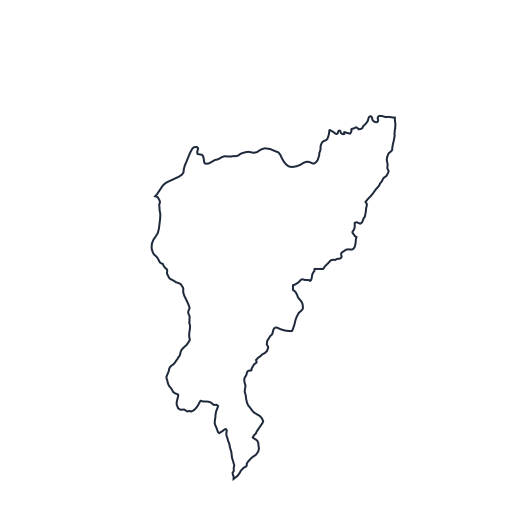 Aguada, Santander, Colombia (Robinson projection), rotated 216°
{"feature_id": "7082276B46903478883308", "entity_name": "Aguada", "entity_type": "district", "adm_level": 2, "iso_a3": "COL", "parent_name": "Colombia", "parent_adm1": "Santander", "projection": "robinson", "projection_center": [-73.538, 6.182], "detail": "fine", "context": "isolated", "style": "outline", "palette": "slate", "viewbox_px": 512, "rotation_deg": 216, "n_neighbors": 0, "source": "geoboundaries", "source_scale": "gbopen_adm2", "svg_char_len": 6105}
<svg xmlns="http://www.w3.org/2000/svg" viewBox="0 0 512 512"><g transform="rotate(216 256 256)"><path d="M372.7,245.0L371.3,245.5L369.8,245.7L366.6,244.2L365.2,243.0L364.7,241.0L360.9,236.4L357.9,233.5L355.3,229.5L350.8,221.4L349.0,217.1L348.7,213.6L348.5,208.8L347.5,204.8L345.1,201.0L342.3,198.7L339.6,197.3L337.0,197.1L334.7,196.6L329.9,194.3L328.3,194.4L326.6,194.8L324.8,193.7L323.0,193.1L321.6,192.9L320.4,192.9L319.3,192.1L318.4,190.5L317.4,189.2L315.9,188.6L314.1,187.5L312.4,187.0L307.4,187.7L305.2,187.7L303.8,188.3L302.4,188.6L301.3,188.9L299.9,188.9L298.6,188.3L297.1,187.8L295.6,186.8L293.7,184.0L291.0,181.9L282.5,177.3L279.8,175.4L278.9,174.5L278.6,172.4L277.8,170.6L276.8,169.7L274.4,168.2L273.3,167.0L272.5,165.4L271.4,164.2L271.1,163.0L269.7,162.0L268.2,160.6L266.3,157.6L264.8,154.6L263.1,152.0L260.2,149.2L259.9,146.4L259.9,143.1L260.6,140.1L261.1,136.5L260.5,133.8L259.6,131.9L259.1,129.9L259.3,127.7L258.9,126.2L259.1,124.4L258.9,122.5L259.1,120.0L259.8,118.0L260.3,115.6L259.9,113.6L258.9,111.6L257.5,105.7L256.1,104.1L255.0,103.5L253.5,102.1L251.6,100.7L250.0,99.8L247.5,99.2L245.5,98.5L243.0,97.3L241.1,97.3L237.5,98.1L236.7,97.1L234.5,91.6L233.0,89.3L229.6,87.1L228.1,87.0L226.3,87.5L224.0,89.5L220.1,89.9L218.7,91.6L217.2,91.9L215.9,94.1L215.3,96.2L215.1,99.1L215.2,101.6L215.7,104.9L215.7,106.3L213.3,107.2L210.2,109.4L208.5,110.3L206.5,110.9L202.7,110.7L200.2,112.5L198.4,112.3L196.8,106.5L195.0,103.0L193.9,101.4L192.9,99.3L191.2,96.5L189.7,95.3L186.9,93.7L183.4,91.3L181.8,91.0L181.3,91.9L180.2,94.7L179.5,97.2L178.6,98.3L177.2,97.8L175.5,94.6L173.9,93.0L171.9,91.7L170.1,90.2L167.0,88.2L164.8,86.0L160.6,82.8L157.0,78.8L154.8,77.2L150.5,73.8L149.6,71.7L147.6,68.9L147.5,66.8L146.6,65.9L145.2,64.9L144.3,64.1L143.1,62.4L141.7,67.4L141.7,70.8L141.8,71.8L142.1,73.2L141.5,77.6L140.4,79.4L140.3,81.0L141.4,82.5L141.6,84.4L141.1,89.4L140.4,92.0L139.3,94.8L139.2,96.8L139.3,99.3L140.6,102.2L142.6,104.1L144.1,105.9L146.3,107.3L148.4,107.4L149.8,107.3L150.9,107.1L152.0,107.3L152.2,109.8L151.8,112.0L152.3,114.9L152.6,124.8L153.1,126.6L155.9,128.2L158.9,128.8L165.1,128.2L167.6,128.5L171.6,129.8L174.6,130.6L176.9,131.9L179.9,134.5L182.4,137.2L185.5,139.7L188.4,145.1L190.8,146.8L192.7,148.8L193.7,151.0L193.8,153.8L194.7,156.1L195.0,157.9L194.3,159.2L192.7,160.3L192.6,161.2L193.3,162.0L193.9,167.0L193.0,169.9L193.4,170.9L194.8,171.8L194.7,173.0L194.3,175.6L193.6,177.2L193.1,180.1L191.7,182.9L191.6,184.1L191.2,185.2L192.0,188.1L192.6,189.5L193.7,190.1L195.2,190.7L196.0,192.0L196.9,193.7L197.2,195.3L197.2,197.0L197.4,198.9L197.4,200.0L197.0,201.3L197.1,202.9L198.6,206.5L198.7,208.4L198.1,209.7L196.6,210.5L194.0,211.0L190.8,211.9L188.0,213.1L185.1,214.8L183.2,216.0L182.8,216.5L183.3,219.0L184.7,223.3L186.5,227.6L187.3,230.5L187.6,232.4L187.7,233.6L188.0,235.1L187.3,238.0L187.1,239.6L187.2,241.1L188.9,243.3L190.4,244.7L192.9,246.0L195.7,246.6L197.9,247.3L199.7,248.6L201.5,249.5L203.3,250.2L206.1,250.3L207.4,251.9L208.9,254.2L207.9,255.4L206.2,259.3L205.6,263.5L204.5,264.6L202.5,265.3L198.7,267.8L197.8,267.6L197.4,268.1L197.3,269.1L198.1,271.1L199.6,274.1L200.0,276.3L200.0,278.3L201.0,280.0L194.1,284.9L194.1,288.5L193.4,292.6L193.0,296.4L191.3,298.4L189.7,299.3L188.6,301.4L187.2,302.5L186.2,303.9L186.2,305.6L188.4,307.7L188.7,309.1L187.7,311.7L187.0,313.8L185.6,315.4L182.1,317.6L181.4,319.4L181.5,321.4L182.4,323.7L183.6,326.0L184.8,327.8L185.9,330.4L187.6,330.2L189.5,330.9L191.7,331.6L192.2,332.4L192.2,334.2L192.6,336.2L193.6,338.2L194.9,339.8L195.6,340.9L194.8,342.1L194.1,342.6L191.8,343.1L190.7,343.4L190.2,344.6L190.0,346.1L190.6,347.8L190.8,349.2L191.2,349.9L191.0,351.6L192.0,353.9L193.7,357.3L195.1,359.6L196.1,362.1L197.0,363.3L199.2,364.1L199.0,367.7L198.5,371.2L198.2,374.6L198.2,380.6L197.9,383.1L197.8,385.1L197.9,386.1L198.3,387.7L198.1,389.1L198.2,391.0L198.5,392.3L198.5,393.1L198.6,394.3L197.6,397.3L197.6,398.0L198.1,401.3L198.4,402.3L199.1,403.0L200.9,403.9L201.5,404.5L202.5,405.9L202.9,406.9L204.1,408.2L206.2,410.1L206.9,410.9L208.0,413.0L208.9,416.1L208.9,417.7L208.3,419.8L208.2,420.9L208.2,421.9L209.2,423.4L211.1,427.2L212.4,430.5L213.5,432.6L214.4,434.8L215.6,435.8L216.4,437.4L217.4,438.9L218.2,440.7L220.5,444.3L223.8,447.9L225.0,449.6L226.1,448.8L228.7,447.5L231.3,445.9L232.7,444.6L235.9,443.5L237.8,442.4L238.7,441.6L239.0,440.5L238.9,439.7L238.5,438.9L237.0,437.7L236.5,436.3L236.7,435.6L236.9,435.3L238.2,434.5L238.9,434.2L241.0,434.3L242.0,434.7L243.4,436.1L244.3,436.5L245.1,436.6L245.7,436.2L246.2,434.7L246.0,433.7L245.0,431.1L244.9,429.6L244.9,428.0L245.2,426.0L245.6,423.9L245.2,422.5L245.2,421.9L245.8,420.5L246.7,419.7L247.3,418.9L249.5,419.1L250.2,419.1L250.6,418.8L251.2,418.3L251.7,416.8L253.0,415.5L253.3,414.9L253.3,414.4L252.5,413.7L252.2,413.1L251.9,412.2L251.8,410.4L252.3,410.0L253.8,409.5L254.7,409.0L256.8,408.5L257.4,408.1L257.2,407.5L256.4,406.7L256.7,406.1L258.0,405.4L259.4,405.4L260.1,405.7L260.6,406.2L261.3,406.7L261.9,406.7L262.7,405.9L262.7,405.4L262.1,403.3L262.1,402.9L262.3,402.4L262.7,401.9L263.9,401.7L266.6,401.8L268.2,401.5L270.1,401.4L270.5,401.0L270.3,400.4L268.7,397.6L267.7,395.0L267.1,392.4L267.4,390.9L268.9,388.6L269.1,387.8L269.3,386.4L268.8,384.3L268.2,382.5L267.2,381.4L266.3,379.7L265.7,378.1L265.4,376.7L264.0,374.5L262.5,369.8L262.6,367.0L263.4,364.9L264.7,364.1L267.0,363.7L269.2,362.9L270.9,361.5L272.3,359.4L273.6,356.1L276.1,352.2L278.3,350.0L279.9,348.7L282.4,347.7L285.5,347.8L289.0,348.7L292.5,350.3L295.5,352.0L298.7,353.0L302.8,351.9L307.0,351.0L309.9,349.6L312.3,348.2L314.2,345.7L315.3,343.4L316.2,340.7L318.4,338.2L322.9,336.1L324.6,334.8L326.6,332.4L328.6,329.6L329.2,327.4L330.5,325.3L333.0,323.5L335.2,321.4L337.7,319.7L340.2,318.1L341.8,315.8L343.0,313.0L344.2,311.1L345.6,309.6L348.4,303.4L350.0,301.8L351.2,301.0L352.4,301.0L354.0,302.4L355.9,304.4L357.6,305.7L359.2,306.1L363.2,304.2L364.8,305.6L365.4,307.6L366.3,309.2L368.1,309.4L370.2,307.4L370.6,305.5L369.9,300.1L367.7,291.5L366.9,287.7L365.5,283.9L363.9,281.2L363.7,278.5L365.0,274.8L370.6,264.8L372.1,261.7L372.8,258.2L372.4,247.6L372.7,245.0Z" fill="none" stroke="#1e293b" stroke-width="2"/></g></svg>